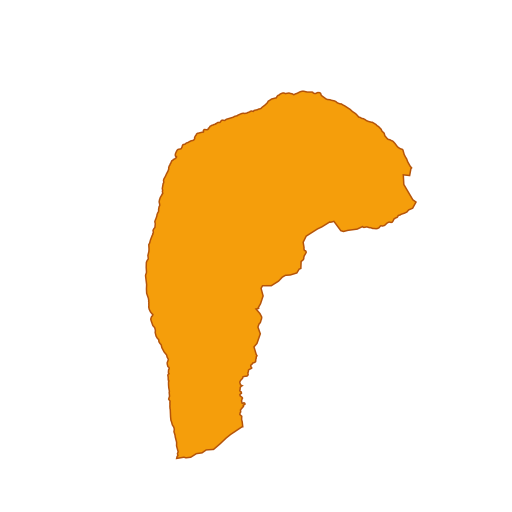 West Malo, Sanma, Vanuatu (Mercator projection), rotated 55°
{"feature_id": "77236927B10986826820410", "entity_name": "West Malo", "entity_type": "district", "adm_level": 2, "iso_a3": "VUT", "parent_name": "Vanuatu", "parent_adm1": "Sanma", "projection": "mercator", "projection_center": [167.119, -15.678], "detail": "fine", "context": "isolated", "style": "filled", "palette": "amber", "viewbox_px": 512, "rotation_deg": 55, "n_neighbors": 0, "source": "geoboundaries", "source_scale": "gbopen_adm2", "svg_char_len": 6118}
<svg xmlns="http://www.w3.org/2000/svg" viewBox="0 0 512 512"><g transform="rotate(55 256 256)"><path d="M273.1,78.0L270.8,78.2L265.8,77.7L262.8,76.9L260.5,76.8L257.8,76.4L253.6,74.9L252.7,74.9L250.8,76.3L248.7,77.2L247.3,77.5L243.6,77.6L241.2,77.9L240.1,78.2L239.2,78.9L237.6,79.6L236.2,80.9L234.8,81.2L231.4,81.5L228.9,80.6L225.9,81.2L223.9,80.8L220.2,81.4L218.7,82.1L217.1,82.3L213.2,84.0L212.7,84.7L210.0,86.9L208.2,88.0L206.8,88.4L206.6,88.6L205.2,89.2L204.0,90.4L201.9,91.4L201.0,92.3L200.1,92.2L199.4,92.4L197.7,92.5L195.9,93.0L192.8,94.2L189.9,94.8L183.7,97.3L182.5,98.0L180.2,99.0L179.7,99.8L177.7,101.2L176.7,101.7L175.3,102.0L173.8,102.9L171.6,105.0L170.4,105.8L168.8,107.7L167.6,108.5L162.6,110.2L161.3,110.3L159.9,109.8L158.8,110.1L157.6,111.5L157.2,113.0L157.3,113.3L156.9,114.3L156.3,115.0L155.4,115.6L154.5,115.6L153.9,116.0L151.1,120.0L148.4,122.4L147.5,123.7L146.8,125.6L146.3,129.1L145.8,130.8L145.6,132.5L143.8,133.4L142.7,134.5L141.4,135.5L139.8,138.8L138.4,139.7L137.7,140.9L137.2,143.3L137.4,144.6L137.1,145.8L137.2,146.8L138.1,148.8L137.6,149.8L136.3,153.4L136.4,154.0L136.2,157.2L137.0,158.8L137.5,161.8L137.7,166.0L138.0,167.1L137.6,168.7L137.1,169.7L137.0,170.9L135.7,174.0L136.0,175.3L134.6,176.6L134.2,177.8L134.4,178.4L133.7,180.7L133.7,181.6L132.7,183.6L131.7,184.6L131.0,186.3L130.2,190.3L130.3,191.0L129.3,193.6L129.3,194.9L127.0,201.9L127.1,203.8L125.3,205.8L125.2,206.7L125.9,208.9L125.3,209.9L124.9,210.3L124.6,211.2L124.8,212.3L124.5,213.1L124.8,213.4L124.1,215.3L124.1,216.0L123.6,217.2L123.6,218.2L123.4,219.1L124.1,220.8L124.1,221.8L124.6,222.2L124.7,222.8L124.5,223.7L122.8,225.7L122.7,226.0L123.1,227.2L124.2,227.7L124.3,228.0L123.5,229.6L122.2,233.1L121.9,233.6L122.0,234.8L122.6,235.7L122.9,236.8L123.7,238.3L124.7,238.9L125.3,240.5L125.3,241.0L124.3,243.5L124.4,244.1L124.0,245.0L124.2,246.0L123.5,248.3L123.7,249.9L122.9,251.9L123.5,253.2L124.2,253.9L125.1,255.6L125.1,256.2L124.0,258.6L124.0,259.5L124.5,260.8L125.8,263.0L126.6,263.9L127.1,264.3L128.2,264.7L128.6,264.6L128.9,264.1L129.5,264.5L129.8,265.5L129.7,266.0L129.9,267.0L129.5,268.3L129.9,269.2L129.7,270.4L131.1,272.6L131.5,273.7L132.0,274.1L132.4,275.3L133.5,276.8L134.8,277.7L135.4,278.7L135.8,279.1L136.3,280.2L136.8,280.8L136.9,281.4L138.7,284.4L140.1,287.3L141.0,288.4L142.6,289.2L143.1,289.7L143.3,290.4L147.0,294.1L148.7,294.8L149.3,295.6L150.7,296.2L151.2,296.6L151.4,297.1L151.5,297.0L153.1,300.7L154.6,302.8L156.1,304.3L158.5,305.3L159.5,306.0L160.1,307.2L162.0,309.1L163.2,309.9L163.9,310.7L164.3,311.8L165.4,313.4L166.3,314.2L168.0,316.5L169.0,318.1L169.9,319.2L171.8,320.0L174.7,322.5L175.0,323.8L175.9,325.6L178.0,326.7L178.7,328.0L179.2,328.2L179.6,329.2L182.3,333.2L184.4,335.7L185.2,337.3L189.0,339.7L190.8,341.1L193.5,344.2L196.3,345.7L196.8,346.3L197.1,347.4L197.8,348.7L198.5,349.6L202.4,352.5L206.0,354.7L207.0,355.5L208.0,357.0L208.8,357.8L216.7,362.0L220.1,364.6L223.9,367.0L228.9,368.4L231.1,369.5L231.8,370.1L232.7,370.4L233.3,371.0L235.3,372.3L236.2,373.1L238.3,374.0L241.2,374.5L244.0,374.3L244.7,374.0L245.0,374.2L245.7,375.4L245.7,376.1L246.0,376.7L247.3,378.4L248.8,379.0L253.8,380.4L256.5,380.1L257.8,380.5L259.4,381.2L260.9,382.5L264.3,383.8L266.7,384.0L268.7,383.7L270.6,384.7L272.5,384.8L274.3,384.6L277.1,385.7L281.9,386.3L285.8,386.0L287.9,386.8L290.1,387.0L290.8,387.5L292.5,390.0L293.6,390.7L296.0,391.6L297.4,391.2L298.2,391.5L298.7,391.8L298.7,392.4L299.1,392.9L300.8,394.3L301.6,394.8L302.5,394.8L302.7,396.1L303.1,396.6L304.8,397.4L307.1,398.9L307.7,399.1L307.8,398.9L308.4,399.1L309.0,399.9L311.3,401.5L313.8,403.0L317.1,404.5L318.0,405.4L321.2,407.2L323.1,409.6L323.7,409.7L325.1,409.6L325.9,409.9L326.8,410.7L328.2,411.6L329.8,412.8L331.8,414.0L332.6,414.3L338.7,418.2L341.7,419.9L343.3,420.3L346.4,421.4L348.8,421.5L350.2,421.9L351.3,422.5L352.9,424.0L355.5,424.8L357.0,425.4L357.8,425.9L362.6,427.7L363.4,428.1L366.0,430.0L371.8,432.1L372.8,433.7L374.7,434.4L374.9,435.5L376.3,437.1L379.5,430.4L381.1,429.2L383.4,424.9L383.7,418.2L386.3,413.1L386.3,408.0L390.1,401.7L389.2,392.8L388.0,385.0L387.6,379.1L387.9,365.6L388.3,364.8L383.9,362.4L381.7,361.6L379.1,359.6L377.0,360.1L376.4,360.1L375.2,358.8L375.0,358.0L373.2,357.0L372.3,353.7L372.1,352.6L371.0,352.1L371.1,350.7L371.0,349.9L370.7,349.8L370.0,349.7L369.3,350.1L369.1,351.3L368.6,351.8L366.2,350.9L365.7,350.0L364.9,349.3L364.7,348.6L364.4,348.5L363.8,348.5L361.6,349.2L360.3,348.8L360.0,347.7L360.2,346.8L360.0,346.5L358.8,346.1L358.6,346.3L357.5,346.6L356.6,346.3L356.2,345.6L354.7,344.4L354.5,344.1L354.2,342.5L354.3,341.7L352.7,342.6L350.4,341.9L349.8,341.5L349.0,339.7L348.5,337.2L347.6,336.1L347.5,335.8L348.2,334.1L349.0,332.7L349.2,331.9L349.0,331.1L348.7,330.5L347.0,329.7L346.5,328.7L345.8,328.2L345.1,327.5L345.1,326.4L345.4,324.1L345.3,323.7L344.7,323.6L343.6,323.7L342.5,323.0L342.3,321.2L341.8,320.1L342.2,319.1L342.4,317.3L342.3,316.9L340.4,315.3L339.8,314.4L338.8,313.7L338.3,312.4L336.8,312.3L329.3,309.8L328.2,305.4L322.2,297.1L315.3,295.2L314.1,293.5L313.3,292.2L313.2,291.2L312.7,290.2L311.3,288.5L310.8,287.7L309.8,286.7L309.1,286.3L305.4,285.8L299.4,286.4L300.7,283.3L299.9,284.3L297.7,279.7L292.8,273.1L285.4,270.4L284.1,267.7L289.1,260.5L289.5,251.9L288.4,246.6L288.7,243.0L291.2,238.8L293.3,232.3L291.5,228.2L291.9,226.4L286.4,222.2L286.2,219.6L285.7,218.5L284.9,218.0L283.5,216.4L283.1,215.4L281.9,212.9L280.9,212.4L280.3,212.4L279.4,213.0L279.0,213.1L278.3,212.9L277.5,212.5L276.6,211.8L271.8,209.5L268.5,203.5L269.1,189.9L269.9,185.5L270.4,176.1L270.8,176.0L271.6,174.4L272.3,172.3L283.9,172.0L286.1,170.3L287.7,166.0L292.0,157.7L293.0,151.8L294.0,151.7L294.6,151.0L295.7,148.5L297.8,146.9L298.7,145.7L300.3,144.7L301.2,143.5L302.6,141.9L303.2,140.6L303.4,139.0L302.8,136.9L302.9,136.3L304.0,135.2L304.7,133.1L304.2,129.6L304.4,128.0L304.7,127.3L306.0,126.1L306.4,125.1L305.9,123.6L304.8,121.7L305.0,120.9L304.8,120.2L305.3,118.4L305.2,117.7L304.4,116.2L305.1,114.3L305.0,113.5L305.3,112.4L306.1,109.7L306.5,107.1L305.8,104.6L306.7,100.3L303.6,94.0L299.9,95.3L282.2,93.9L274.0,88.8L278.2,84.0L273.3,79.0L273.1,78.0Z" fill="#f59e0b" stroke="#b45309" stroke-width="1.5"/></g></svg>